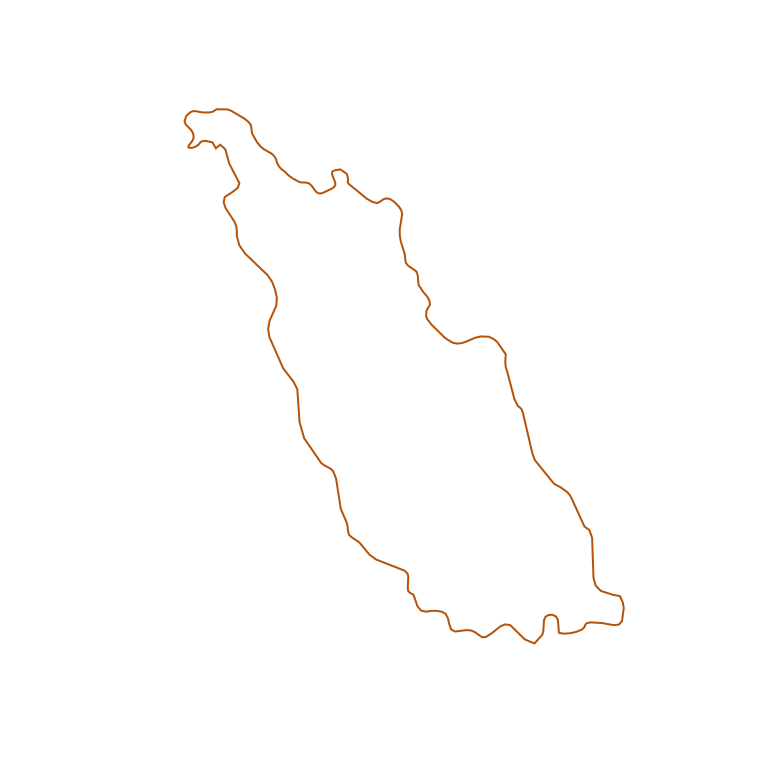 the border of Talas, rotated 233°
{"feature_id": "KGZ-1121", "entity_name": "Talas", "entity_type": "Region", "adm_level": 1, "iso_a3": "KGZ", "parent_name": "Kyrgyzstan", "parent_adm1": "", "projection": "equal_earth", "projection_center": [72.41, 42.447], "detail": "fine", "context": "isolated", "style": "outline", "palette": "amber", "viewbox_px": 768, "rotation_deg": 233, "n_neighbors": 0, "source": "natural_earth", "source_scale": "10m", "svg_char_len": 3029}
<svg xmlns="http://www.w3.org/2000/svg" viewBox="0 0 768 768"><g transform="rotate(233 384 384)"><path d="M666.9,398.5L673.6,397.3L673.6,391.8L673.5,391.6L680.3,392.4L686.1,387.3L687.6,383.7L687.5,382.4L687.0,381.0L686.7,379.3L687.1,375.5L688.2,372.8L690.0,370.4L691.1,370.4L691.9,371.5L693.4,376.8L694.0,378.3L694.8,379.5L695.8,380.5L697.1,381.4L698.9,382.3L701.1,382.7L703.4,382.8L710.1,381.9L711.2,382.0L713.8,382.8L716.8,386.9L717.3,389.2L717.6,392.7L717.0,395.2L716.0,397.0L709.8,402.8L705.9,408.1L704.6,410.8L704.1,415.7L697.4,424.4L694.1,426.4L679.8,432.3L674.8,433.5L670.8,433.5L664.4,429.9L662.7,429.3L653.7,428.1L648.2,428.3L644.1,429.3L634.9,433.1L631.4,433.5L627.9,432.9L625.1,431.7L620.8,431.1L617.4,431.4L612.9,432.7L608.5,433.2L603.0,434.8L596.4,438.0L595.5,438.6L594.5,439.5L591.9,442.9L589.2,444.9L586.1,445.5L578.4,445.4L575.8,446.4L574.2,448.1L573.4,450.4L571.5,459.5L571.3,461.2L571.5,463.3L572.3,464.9L573.8,466.1L582.5,468.7L583.5,469.2L584.3,469.9L584.7,470.8L584.7,471.9L584.1,473.6L581.6,478.3L574.3,480.7L571.9,479.9L569.0,478.5L567.1,476.5L565.3,476.2L542.6,481.7L536.4,484.3L532.5,487.5L532.0,490.9L531.9,494.3L531.2,497.0L528.4,500.0L523.6,501.7L516.3,502.7L512.3,502.3L508.9,500.9L497.8,489.4L493.2,486.1L488.2,483.4L475.4,478.8L467.7,474.3L463.9,474.5L454.4,477.6L450.4,476.3L442.3,471.2L434.1,470.7L426.8,471.1L422.6,470.2L419.6,468.3L418.4,465.2L416.7,461.8L413.2,458.7L410.1,457.6L402.6,457.7L384.9,460.3L380.7,461.6L375.2,464.0L372.1,466.9L369.9,470.6L368.5,474.7L366.2,484.3L363.7,490.0L358.6,496.2L354.0,498.6L349.7,499.7L334.4,499.1L328.6,494.1L324.3,491.4L319.9,489.9L293.5,479.1L285.9,477.6L284.2,478.2L281.4,478.7L277.9,477.8L238.7,460.5L232.3,458.7L202.9,459.7L200.4,460.4L195.5,462.8L187.1,465.3L183.7,465.5L180.8,465.2L149.5,458.3L143.7,460.1L136.0,457.7L103.2,434.7L95.7,431.7L88.2,432.7L77.7,440.1L72.6,444.8L65.7,443.2L60.9,440.7L51.6,431.6L50.4,427.0L53.2,422.3L58.9,417.0L61.7,414.5L69.3,405.5L71.0,401.9L70.5,399.8L69.2,397.7L68.8,394.4L70.3,388.5L73.0,382.5L76.4,377.3L80.0,374.0L91.1,381.0L94.9,381.4L98.2,379.7L100.4,376.6L100.9,373.0L99.0,369.5L98.9,369.5L90.8,362.5L88.4,359.5L86.3,348.0L95.1,342.8L115.4,339.7L119.1,336.1L120.4,331.5L120.1,319.5L120.7,313.0L122.8,309.9L131.6,307.1L135.4,304.7L138.4,300.8L143.5,291.8L147.5,289.9L152.7,291.5L158.2,294.0L163.2,294.9L167.4,293.1L171.0,289.7L174.2,285.4L176.7,280.8L180.8,277.2L186.5,277.0L197.8,280.7L201.7,279.1L204.2,278.8L206.5,280.0L215.8,287.6L218.7,288.7L222.7,288.0L248.5,272.1L256.3,269.7L272.7,268.9L280.9,266.0L284.7,265.3L288.3,266.8L292.0,269.1L295.8,270.8L310.2,274.3L337.3,288.8L344.9,290.9L348.4,290.4L355.2,287.3L358.7,286.3L388.8,287.6L404.3,293.6L432.0,311.6L440.2,313.1L457.1,312.9L490.4,320.7L497.7,324.6L503.3,330.6L511.4,345.1L517.4,350.4L525.4,354.0L533.3,356.2L541.3,356.5L571.4,351.6L581.8,351.9L590.6,355.5L595.4,359.0L599.2,361.1L603.4,362.2L620.2,363.4L625.6,365.3L629.2,369.4L628.5,378.8L628.7,385.4L631.5,389.4L653.0,393.0L666.9,398.5Z" fill="none" stroke="#b45309" stroke-width="2"/></g></svg>